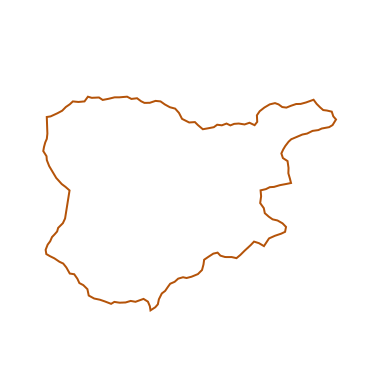 Buritizal, São Paulo, Brazil (Albers equal-area conic projection), rotated 171°
{"feature_id": "56859067B17767714911841", "entity_name": "Buritizal", "entity_type": "district", "adm_level": 2, "iso_a3": "BRA", "parent_name": "Brazil", "parent_adm1": "São Paulo", "projection": "albers", "projection_center": [-47.71, -20.205], "detail": "fine", "context": "isolated", "style": "outline", "palette": "amber", "viewbox_px": 384, "rotation_deg": 171, "n_neighbors": 0, "source": "geoboundaries", "source_scale": "gbopen_adm2", "svg_char_len": 2298}
<svg xmlns="http://www.w3.org/2000/svg" viewBox="0 0 384 384"><g transform="rotate(171 192 192)"><path d="M38.4,241.1L40.6,244.6L41.4,249.5L46.1,251.4L49.6,252.4L52.1,255.4L55.1,259.5L57.5,264.1L65.4,262.6L70.9,262.0L75.4,262.6L80.7,261.7L85.6,260.6L89.6,261.8L92.8,265.0L96.1,266.8L101.5,266.4L107.3,264.1L112.5,261.2L115.9,257.6L116.6,251.1L119.7,248.2L124.4,251.4L129.5,250.5L135.1,252.3L139.7,252.7L143.7,251.8L147.2,254.2L152.1,253.2L156.6,254.5L160.3,252.6L166.2,252.4L171.5,252.3L175.7,257.2L178.2,260.6L183.9,261.1L190.4,265.8L192.5,272.2L195.6,277.0L200.6,279.2L205.1,282.7L208.9,286.4L213.8,287.7L219.8,286.7L225.1,287.5L228.1,289.6L231.6,293.2L237.3,293.4L241.2,296.3L249.3,296.9L253.8,297.6L259.9,297.1L265.8,296.9L269.1,299.9L276.3,300.7L279.9,302.4L284.0,298.3L290.1,298.7L295.5,300.1L298.9,297.8L303.3,295.7L307.5,292.6L312.7,290.8L319.8,288.8L323.7,288.8L324.3,283.8L325.1,277.3L325.7,272.3L327.1,267.2L329.2,263.9L331.1,259.7L332.5,255.7L330.1,250.1L330.4,246.2L329.0,239.9L326.5,233.6L323.9,227.1L319.4,220.2L316.1,216.8L312.7,212.7L321.5,185.7L324.4,181.4L329.8,177.5L331.4,174.1L334.4,171.6L337.3,169.4L339.8,165.5L342.8,162.6L345.6,157.8L345.6,153.5L342.4,150.9L338.3,148.0L333.8,143.8L330.4,141.5L327.9,137.1L325.5,130.6L321.2,129.2L318.8,124.3L317.5,119.7L313.9,117.0L310.5,112.4L310.2,105.9L305.3,102.1L299.8,100.0L295.1,97.5L289.4,94.2L285.9,95.6L280.9,94.0L274.9,93.3L269.6,94.0L265.0,92.4L256.6,94.0L252.7,90.6L251.5,85.8L251.5,81.6L246.3,83.9L243.3,86.4L241.5,91.2L237.7,96.5L234.0,98.5L230.6,102.1L227.9,104.8L223.2,106.0L219.2,108.6L214.2,109.2L210.8,107.9L205.7,108.4L199.0,110.0L194.3,113.4L192.0,118.6L190.6,123.2L186.2,125.3L180.6,127.8L176.2,128.1L173.9,124.7L169.5,122.6L162.9,121.5L158.4,119.7L154.2,122.2L149.2,125.8L142.3,130.4L138.5,133.3L133.9,131.0L129.4,127.3L123.2,134.1L116.9,135.8L110.4,136.9L106.3,138.1L104.6,142.8L107.5,146.9L112.0,150.5L116.7,152.4L120.0,155.6L123.4,159.7L123.6,164.8L126.4,170.4L124.4,177.0L124.0,182.9L118.5,183.3L114.4,184.6L110.2,184.2L104.1,185.0L97.3,185.2L92.8,185.4L93.2,189.8L93.9,195.4L92.9,200.7L92.8,207.6L96.9,211.3L97.7,216.1L95.3,219.7L92.6,222.9L88.7,226.6L85.7,228.6L74.0,231.5L69.2,231.7L63.4,233.5L57.5,233.4L53.9,234.4L46.4,234.6L42.7,236.1L38.4,241.1Z" fill="none" stroke="#b45309" stroke-width="2"/></g></svg>